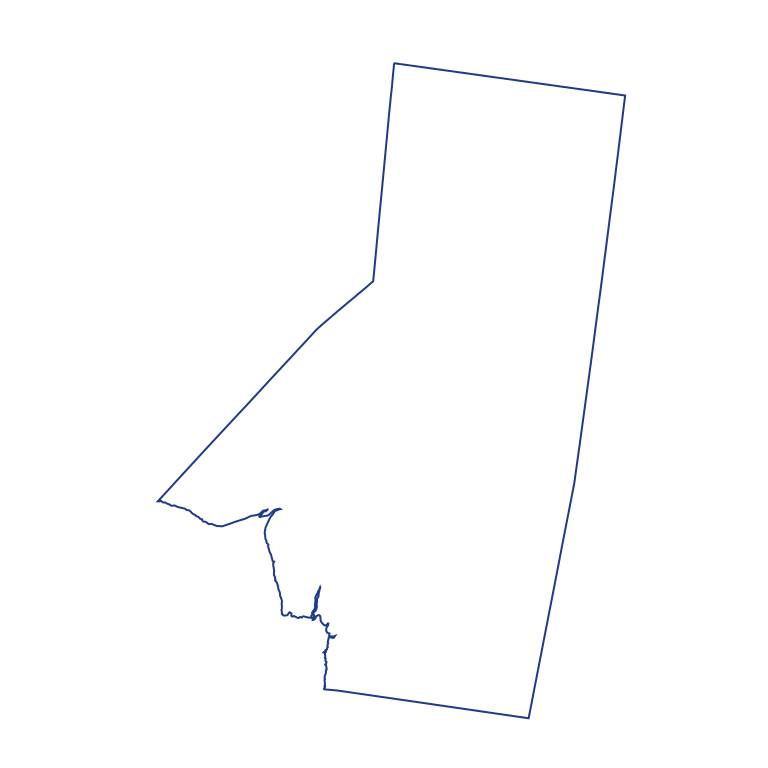 an SVG outline of Manitoba, rotated 185°
{"feature_id": "CAN-630", "entity_name": "Manitoba", "entity_type": "Province", "adm_level": 1, "iso_a3": "CAN", "parent_name": "Canada", "parent_adm1": "", "projection": "albers", "projection_center": [-94.63, 54.496], "detail": "fine", "context": "isolated", "style": "outline", "palette": "blue", "viewbox_px": 768, "rotation_deg": 185, "n_neighbors": 0, "source": "natural_earth", "source_scale": "10m", "svg_char_len": 5981}
<svg xmlns="http://www.w3.org/2000/svg" viewBox="0 0 768 768"><g transform="rotate(185 384 384)"><path d="M401.2,704.4L168.9,692.4L169.3,682.0L169.7,669.8L171.0,633.0L171.5,620.8L171.9,608.5L172.4,596.2L173.9,559.4L174.4,547.2L174.9,534.9L175.9,510.3L176.4,498.1L177.0,485.8L178.1,461.2L178.6,448.9L179.7,424.4L180.3,412.1L181.5,387.5L182.1,375.2L183.3,350.7L183.9,338.4L185.2,313.8L185.8,301.6L188.0,280.8L190.2,260.0L192.4,239.3L194.5,218.5L208.1,89.4L209.4,76.5L210.1,70.1L210.8,63.6L404.0,74.6L416.8,74.6L417.3,75.1L416.9,75.8L416.4,76.8L416.3,77.6L416.9,77.9L416.6,78.7L416.5,79.0L416.8,79.6L416.9,79.8L416.8,81.2L417.5,83.8L417.1,84.9L417.6,86.2L417.7,86.6L417.6,87.3L417.3,88.5L417.3,89.0L417.2,89.4L416.8,90.3L416.7,90.8L417.0,93.6L416.9,94.1L416.6,94.3L416.2,94.6L416.3,95.3L416.7,96.4L416.6,96.9L416.7,97.2L416.8,97.6L417.1,98.2L417.3,98.5L417.6,98.6L417.8,98.8L418.1,99.4L417.4,99.6L417.2,100.3L417.2,101.1L417.1,101.7L417.2,102.3L417.4,102.4L417.7,102.4L417.9,102.7L418.1,103.1L418.1,103.3L418.2,103.6L418.2,104.0L418.1,104.5L418.1,105.0L418.3,105.3L418.6,105.4L418.8,105.7L418.9,106.0L419.1,106.4L418.8,106.8L418.8,107.2L418.9,108.7L419.0,108.9L419.1,109.1L419.2,109.5L419.3,110.3L419.2,110.8L419.0,111.2L418.6,111.9L419.1,112.2L419.7,111.9L420.2,111.4L420.7,111.1L420.9,111.2L420.6,111.5L420.2,111.8L419.5,112.8L419.3,113.1L418.8,113.1L419.0,113.6L419.0,113.9L418.0,114.3L417.6,114.7L417.8,115.4L417.5,116.1L417.4,116.4L417.2,116.6L417.5,116.9L417.6,117.3L417.5,117.7L417.2,118.1L417.4,118.5L417.5,119.0L417.4,120.1L417.2,120.3L417.1,120.6L417.0,120.9L417.1,121.2L417.5,121.8L417.6,122.1L417.5,122.5L417.3,123.5L417.2,124.0L417.1,126.0L417.0,126.4L415.6,127.1L413.6,126.7L411.9,126.8L410.9,128.7L411.8,128.2L416.3,127.8L416.7,128.1L416.7,128.3L416.6,129.2L416.6,129.5L416.7,129.8L416.7,130.0L416.6,130.7L417.8,130.9L419.0,131.5L419.9,132.7L420.2,134.6L420.1,135.7L419.9,136.5L419.2,138.1L418.8,138.5L418.7,138.7L418.6,139.0L418.8,139.3L418.8,139.7L418.6,140.4L418.4,141.3L420.2,139.0L421.2,138.3L422.5,138.5L424.3,139.9L425.3,141.0L426.1,142.0L426.6,143.3L427.1,146.4L427.5,147.5L428.7,148.1L429.8,147.8L431.8,146.3L431.7,145.9L431.6,145.6L431.9,145.1L432.3,144.1L432.6,143.6L433.0,143.2L434.0,142.8L434.4,142.7L434.3,143.2L434.1,143.6L433.9,143.8L433.6,144.0L433.8,144.6L433.8,145.2L433.6,145.9L433.4,146.9L433.6,147.7L433.9,148.2L434.3,148.5L434.5,149.0L434.4,149.8L434.0,150.5L433.6,151.1L432.7,151.7L432.3,152.6L431.7,154.3L431.4,156.0L432.0,159.1L431.7,161.3L432.0,163.2L432.1,163.9L431.8,164.8L430.9,166.0L430.7,167.1L430.7,167.4L430.8,168.3L430.9,168.8L430.8,169.6L430.5,170.9L430.4,172.5L429.9,175.0L429.7,175.7L429.9,176.1L430.6,173.7L431.1,172.4L431.6,171.8L431.6,171.4L432.1,169.4L432.4,169.1L432.8,168.8L432.9,168.4L432.7,167.8L433.6,166.5L433.7,165.9L433.8,165.4L433.7,163.9L433.6,163.5L433.4,163.1L433.5,159.4L433.6,158.2L433.6,157.7L433.4,157.1L433.3,156.6L433.2,155.9L433.2,155.1L433.3,154.5L433.8,153.2L435.2,151.0L435.7,149.8L435.5,149.2L435.4,148.3L435.6,147.4L436.0,147.1L436.3,146.7L436.0,145.9L435.5,145.0L435.2,144.3L436.2,144.8L437.0,144.9L438.8,144.7L444.0,145.5L444.5,145.4L444.8,145.2L445.4,144.4L445.9,144.2L446.3,144.3L446.7,144.5L447.2,144.6L447.6,144.4L448.4,143.7L448.9,143.4L449.7,143.5L453.2,144.9L453.7,145.0L454.4,144.5L455.5,144.4L455.8,144.5L456.1,145.4L456.2,146.6L456.4,147.6L457.3,148.0L457.7,148.1L458.1,148.3L458.4,148.2L458.8,147.8L459.6,146.0L459.9,145.6L460.5,145.1L463.2,144.6L463.9,144.6L464.6,145.0L465.2,145.9L465.6,145.9L465.7,146.9L466.3,149.4L466.4,150.0L466.2,150.8L466.2,151.8L466.4,154.1L466.5,154.6L466.7,155.6L466.8,156.2L466.7,157.6L466.7,158.2L466.8,159.1L467.6,161.2L469.1,164.2L469.4,166.3L469.7,167.4L470.1,168.3L471.3,170.4L471.6,171.3L471.7,172.6L472.0,173.4L472.8,174.9L472.8,175.5L473.3,176.6L473.6,177.0L473.9,177.4L474.7,178.0L475.1,178.4L475.4,178.9L475.0,179.4L475.0,179.9L475.4,180.3L475.6,180.9L475.9,182.4L476.1,183.0L476.4,183.2L476.9,183.8L477.1,185.3L477.1,188.3L478.4,193.2L478.8,195.8L477.9,197.3L478.3,197.6L479.2,197.7L479.6,198.1L479.8,198.6L480.1,199.9L480.8,201.5L481.7,204.3L483.4,206.8L483.6,207.5L483.9,208.5L485.2,211.6L485.3,212.2L485.2,213.5L485.3,214.0L485.6,214.4L486.5,215.0L486.9,215.3L487.1,215.7L487.3,216.3L487.4,216.9L487.6,217.9L487.9,218.4L488.3,218.8L488.6,219.4L488.8,220.3L489.2,222.9L489.8,224.8L489.9,225.9L489.7,228.4L489.5,230.6L489.0,232.3L486.5,239.1L485.0,242.4L482.9,245.2L482.2,247.0L481.8,247.9L481.3,248.2L480.0,248.6L477.5,250.0L476.3,250.3L477.0,250.7L481.1,249.5L482.7,248.6L486.8,244.1L488.3,242.9L494.8,241.2L495.9,240.6L496.3,240.7L496.7,241.2L496.6,241.8L496.1,242.1L495.7,242.3L495.0,242.8L493.1,245.9L492.6,246.3L492.1,246.6L491.0,246.8L490.5,247.0L489.6,248.1L489.1,248.4L489.1,248.8L490.7,247.9L493.2,247.3L493.9,246.7L496.6,243.6L500.0,242.2L504.7,241.1L510.6,237.7L519.2,234.2L527.5,230.4L532.9,228.1L538.4,228.0L543.6,229.6L546.0,229.2L546.8,229.4L549.1,230.9L549.9,231.2L551.6,231.2L552.4,231.5L553.1,232.2L553.4,233.3L555.5,233.8L557.2,235.3L560.2,236.4L560.5,237.0L563.3,238.1L563.7,238.4L566.1,240.6L566.9,241.1L569.7,241.3L571.2,242.4L579.2,243.6L581.2,244.5L582.1,244.7L584.9,244.2L585.7,244.4L587.4,245.4L589.0,245.7L591.5,246.8L594.0,246.8L594.6,247.1L595.1,247.6L595.7,248.1L596.4,248.2L596.8,247.8L597.3,247.5L599.1,247.4L591.0,257.9L583.8,267.3L576.6,276.7L569.3,286.2L559.0,299.6L548.5,313.1L538.0,326.6L527.4,340.2L517.9,352.3L508.3,364.7L498.8,377.1L489.1,389.5L483.7,396.5L478.2,403.5L472.8,410.6L467.3,417.6L463.5,422.5L459.7,427.5L455.9,432.3L451.9,436.7L444.0,444.8L436.1,452.9L428.1,460.9L420.0,468.9L418.3,470.7L416.5,472.5L414.7,474.2L412.9,476.0L410.9,478.0L408.9,480.1L407.0,482.1L405.0,484.1L403.7,485.5L403.7,488.6L403.5,511.1L403.4,533.7L403.0,578.7L402.6,630.3L402.5,647.5L402.5,653.8L402.4,660.1L402.3,664.2L402.3,668.4L402.2,673.5L402.0,680.2L402.0,682.6L402.0,682.9L402.0,686.1L402.0,691.2L401.9,697.7L401.9,703.3L401.8,703.9L401.5,704.3L401.2,704.4Z" fill="none" stroke="#1e3a8a" stroke-width="2"/></g></svg>